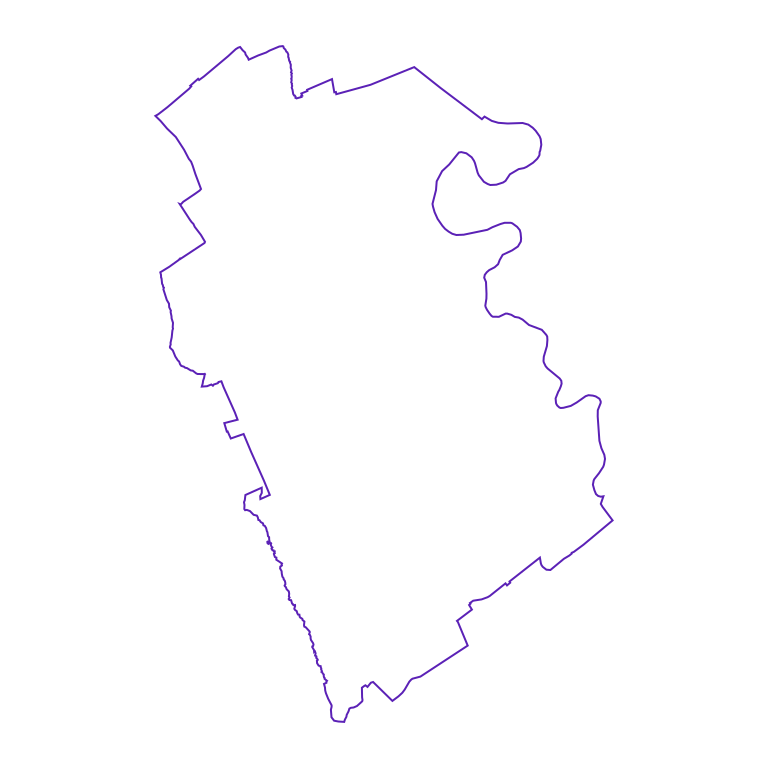 Stefanesti, Botosani, Romania
{"feature_id": "2599482B72313554695447", "entity_name": "Stefanesti", "entity_type": "district", "adm_level": 2, "iso_a3": "ROU", "parent_name": "Romania", "parent_adm1": "Botosani", "projection": "orthographic", "projection_center": [27.182, 47.784], "detail": "fine", "context": "isolated", "style": "outline", "palette": "violet", "viewbox_px": 768, "rotation_deg": 0, "n_neighbors": 0, "source": "geoboundaries", "source_scale": "gbopen_adm2", "svg_char_len": 6061}
<svg xmlns="http://www.w3.org/2000/svg" viewBox="0 0 768 768"><path d="M603.4,496.3L600.9,496.7L598.2,496.0L596.0,494.1L594.4,490.2L592.9,484.7L593.7,480.4L594.4,479.0L599.0,473.2L603.2,466.8L604.0,464.6L605.0,458.9L604.3,454.8L601.4,448.2L599.4,440.8L597.7,416.5L597.8,410.2L600.7,402.9L600.7,401.4L599.4,398.7L595.7,396.4L592.8,395.6L588.5,395.2L585.6,396.2L576.7,402.5L570.8,405.9L563.4,407.8L560.7,408.0L559.4,407.5L557.3,405.6L556.5,404.3L556.0,403.0L555.6,398.4L558.3,391.6L559.2,390.2L560.8,386.4L561.6,383.7L561.3,380.8L559.7,378.5L547.6,368.5L545.7,366.3L543.8,362.4L543.5,361.0L543.8,356.7L546.9,346.1L547.4,340.0L547.2,336.5L546.3,334.9L541.8,329.8L529.0,325.0L522.6,319.6L518.8,317.6L514.8,316.9L511.3,314.8L507.2,313.6L505.6,313.6L498.9,316.8L492.8,316.7L491.5,315.9L489.6,313.6L487.0,309.8L485.7,307.2L485.3,305.7L486.4,298.6L486.5,293.8L486.0,282.0L484.2,277.7L484.8,274.8L486.8,272.2L489.2,270.1L494.6,267.3L498.1,264.2L499.7,260.0L502.7,254.8L512.1,250.4L517.9,246.5L520.8,241.6L521.1,238.6L520.6,233.1L519.8,230.1L517.1,226.8L512.3,223.3L510.8,222.8L504.6,222.8L500.5,224.0L492.4,227.2L487.4,229.8L463.7,234.7L456.4,235.0L452.3,233.8L448.6,231.6L445.1,228.9L442.4,225.8L437.6,218.9L434.6,212.2L433.0,206.6L432.5,203.9L436.0,190.1L436.7,181.3L442.1,171.1L449.2,164.5L458.9,152.5L461.3,152.1L466.4,153.3L471.7,157.3L474.0,160.8L475.0,163.2L477.6,172.6L478.8,175.3L483.9,181.8L487.7,184.0L490.3,185.0L496.3,184.7L503.1,182.5L505.5,180.9L509.9,174.3L518.7,169.1L523.9,168.1L526.6,166.9L533.1,162.7L537.3,158.7L538.9,156.2L539.5,154.9L539.6,152.0L540.2,150.7L541.3,144.8L540.7,139.1L539.6,136.3L535.7,130.8L532.8,127.8L528.3,124.6L522.6,123.0L507.6,123.5L498.3,122.8L491.8,120.9L484.5,116.6L481.9,119.2L440.6,88.0L414.2,67.1L370.5,84.8L336.3,94.2L335.9,92.0L334.3,92.3L332.0,79.1L307.1,89.8L307.4,91.0L301.3,93.5L302.3,95.7L301.2,96.1L301.5,97.0L296.5,98.4L295.4,97.8L295.6,96.7L294.7,95.5L294.1,95.5L293.2,94.0L292.5,89.8L291.7,87.6L292.2,86.0L291.8,84.7L292.0,83.6L291.2,82.4L291.7,80.0L291.2,78.8L291.6,78.3L291.7,75.9L291.3,74.9L291.9,73.4L291.0,72.4L291.6,70.6L290.7,67.8L290.8,64.7L289.9,62.4L290.1,61.8L289.2,60.8L288.6,57.6L288.2,57.0L288.3,54.5L287.3,52.3L286.3,51.6L285.4,49.6L283.8,48.1L283.3,46.4L282.7,46.1L279.3,46.5L269.5,50.6L266.2,52.5L258.3,55.4L248.7,59.7L248.0,57.9L245.6,54.5L245.1,52.5L242.6,50.2L240.1,47.0L238.1,47.7L235.7,49.2L228.2,56.1L203.9,76.5L199.1,80.0L198.1,78.8L190.3,85.7L191.2,86.4L189.3,88.6L167.4,107.2L158.2,114.3L155.4,115.9L160.7,121.1L167.1,128.6L175.8,137.0L184.1,149.8L188.8,158.8L191.1,161.7L192.6,165.5L195.4,174.1L201.0,189.0L199.7,190.5L195.9,193.2L183.2,201.8L181.3,203.9L180.5,204.3L179.7,204.0L189.8,219.6L191.6,222.1L193.4,223.9L194.7,226.8L200.9,234.9L205.0,241.8L204.5,243.0L183.0,257.2L180.1,259.1L179.9,258.7L178.3,260.3L169.1,266.9L160.3,272.3L161.0,274.9L161.1,277.7L161.5,278.2L162.1,283.8L162.8,285.0L163.2,287.0L163.9,287.6L163.4,289.3L166.8,300.0L169.0,303.7L169.2,307.2L170.9,310.7L170.6,312.0L171.5,316.2L171.6,318.4L173.0,322.8L172.7,327.3L173.0,328.5L172.4,330.6L171.7,337.4L170.5,343.0L170.7,344.3L169.9,346.8L170.0,347.7L172.8,350.4L175.3,356.5L177.8,360.4L179.1,361.5L180.1,364.3L181.3,365.9L183.9,366.7L185.1,367.7L187.0,368.1L190.7,370.4L192.8,370.7L196.2,373.4L197.6,374.0L204.4,374.1L205.5,373.5L204.7,374.5L204.1,377.8L203.1,380.7L202.7,383.5L201.8,386.6L207.1,386.2L211.3,384.5L212.9,385.7L213.8,384.5L217.8,383.2L218.5,382.0L221.4,381.3L223.6,387.2L234.9,412.5L237.6,419.7L224.3,423.1L226.8,431.6L227.6,431.4L230.8,438.5L243.6,434.0L251.2,452.1L263.9,480.6L269.8,494.9L260.4,499.1L260.2,496.1L261.8,492.9L261.7,487.7L245.4,495.0L244.8,500.2L244.0,502.2L244.5,505.0L244.3,509.0L245.1,510.2L246.8,509.9L250.0,511.1L253.6,514.8L256.9,515.6L257.8,517.3L258.4,520.0L259.5,520.2L260.7,522.0L263.0,523.4L263.4,525.3L264.8,525.9L266.1,528.0L266.9,531.3L267.4,532.1L268.0,536.1L269.1,537.2L269.2,539.9L269.7,542.0L267.6,541.6L267.3,541.9L267.6,543.3L268.4,543.9L269.6,543.0L271.1,543.2L271.2,543.4L270.7,544.7L271.6,546.8L272.4,547.4L271.5,548.7L272.5,550.3L273.6,550.4L273.8,551.2L274.7,551.4L274.4,552.2L274.8,553.1L273.9,553.6L273.9,554.1L274.9,557.0L276.4,557.6L276.3,559.7L282.0,563.5L281.6,564.2L281.9,565.5L280.3,566.6L280.1,568.5L281.6,571.2L281.8,573.8L282.4,576.7L283.6,578.3L283.7,579.4L284.7,580.6L285.2,582.2L285.4,584.2L284.6,585.5L284.8,586.1L285.9,587.2L286.6,589.2L288.8,591.4L289.2,593.8L288.9,596.5L289.6,597.5L288.7,599.0L289.4,600.0L291.1,600.2L292.1,603.6L292.9,604.1L293.1,604.8L293.6,605.2L295.0,605.0L295.1,606.0L294.3,608.8L295.1,610.0L296.7,611.1L297.4,613.5L298.1,614.6L299.4,614.7L299.7,616.8L300.2,617.5L302.3,618.8L302.6,620.1L304.4,621.5L304.0,625.1L304.3,626.6L305.8,627.3L309.6,631.5L309.8,632.1L309.1,634.2L309.9,634.9L310.6,636.5L310.6,638.4L311.0,640.0L313.1,643.2L313.5,644.5L313.1,646.0L312.4,646.3L312.2,647.0L314.0,650.1L314.1,651.3L314.5,650.7L314.9,651.2L315.6,653.4L315.1,655.6L316.3,656.2L316.5,657.0L316.2,657.8L317.7,659.5L317.6,660.2L316.9,660.7L317.1,663.2L318.6,665.6L320.7,666.2L320.7,667.3L321.3,668.4L321.1,669.2L321.8,670.8L321.5,671.9L322.2,672.1L322.7,673.5L323.8,674.5L323.7,675.9L324.1,677.5L324.6,677.9L324.6,678.9L327.0,680.8L326.4,681.5L326.4,682.8L324.0,683.9L325.0,687.6L325.2,690.4L325.9,693.1L328.2,698.8L331.6,705.3L331.6,706.8L330.9,709.7L331.5,717.3L334.1,720.7L338.3,721.5L344.2,721.9L344.9,719.6L346.4,716.8L346.7,714.9L348.5,711.4L349.4,708.6L350.9,707.8L353.6,707.5L357.0,706.0L362.2,701.3L362.5,700.0L362.1,697.3L361.9,687.7L364.2,686.0L365.4,685.3L367.5,686.9L370.9,682.7L373.1,682.0L392.4,700.9L398.4,696.4L402.3,692.8L404.7,689.6L409.3,681.7L411.2,679.6L412.5,678.7L420.4,676.6L467.7,645.6L457.9,622.0L457.0,620.9L471.9,609.6L469.1,605.0L470.5,603.7L470.0,603.0L473.2,600.7L481.6,599.4L487.6,597.2L489.7,596.0L505.5,583.4L507.0,585.4L510.2,582.7L509.5,581.5L539.9,557.6L540.9,563.5L541.5,565.1L542.7,566.8L546.4,569.7L550.4,570.0L563.9,558.8L569.4,555.5L571.7,553.6L571.7,552.8L573.8,551.9L583.5,544.7L612.6,520.4L602.6,507.0L600.8,503.9L603.4,496.3Z" fill="none" stroke="#5b21b6" stroke-width="2"/></svg>